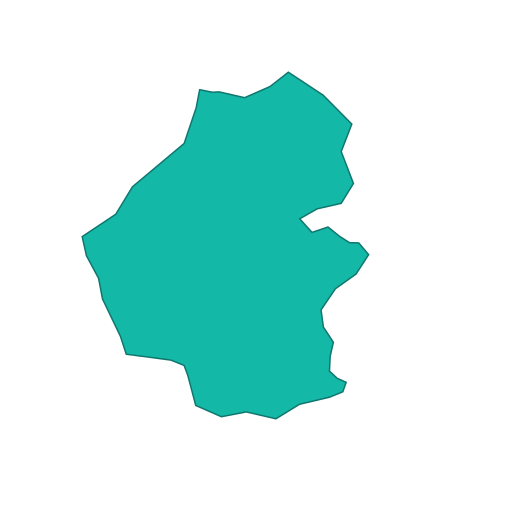 outline of Donduseni, rotated 315°
{"feature_id": "MDA-1614", "entity_name": "Donduseni", "entity_type": "District", "adm_level": 1, "iso_a3": "MDA", "parent_name": "Moldova", "parent_adm1": "", "projection": "mercator", "projection_center": [27.772, 48.214], "detail": "fine", "context": "isolated", "style": "filled", "palette": "teal", "viewbox_px": 512, "rotation_deg": 315, "n_neighbors": 0, "source": "natural_earth", "source_scale": "10m", "svg_char_len": 779}
<svg xmlns="http://www.w3.org/2000/svg" viewBox="0 0 512 512"><g transform="rotate(315 256 256)"><path d="M333.8,98.6L341.0,109.4L346.0,113.9L359.9,136.0L385.8,146.1L408.8,148.9L409.0,149.7L417.2,189.8L417.0,230.5L390.1,242.4L376.2,273.6L353.5,279.0L332.6,265.9L313.2,260.6L312.3,278.9L327.4,286.4L329.0,301.0L331.5,312.6L337.9,319.4L336.6,334.7L314.0,339.5L289.0,335.3L263.9,340.1L253.4,353.9L249.7,371.7L237.5,379.4L226.6,389.3L226.9,399.8L230.4,409.1L221.4,413.4L208.3,407.9L181.9,391.6L155.0,385.2L138.8,359.3L117.9,345.2L107.7,319.1L123.3,292.3L127.8,282.5L122.1,269.3L94.8,233.7L103.3,217.0L117.1,177.8L128.9,160.5L136.3,135.9L146.8,119.4L186.4,127.3L217.6,119.7L284.8,125.6L318.5,108.9L333.7,98.6L333.8,98.6Z" fill="#14b8a6" stroke="#0f766e" stroke-width="1.5"/></g></svg>